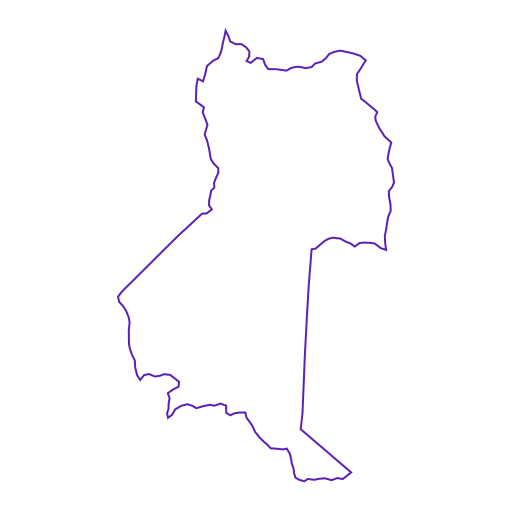 the district of Ponto Belo, Espírito Santo, Brazil
{"feature_id": "56859067B23060074651511", "entity_name": "Ponto Belo", "entity_type": "district", "adm_level": 2, "iso_a3": "BRA", "parent_name": "Brazil", "parent_adm1": "Espírito Santo", "projection": "mercator", "projection_center": [-40.512, -18.26], "detail": "fine", "context": "isolated", "style": "outline", "palette": "violet", "viewbox_px": 512, "rotation_deg": 0, "n_neighbors": 0, "source": "geoboundaries", "source_scale": "gbopen_adm2", "svg_char_len": 2537}
<svg xmlns="http://www.w3.org/2000/svg" viewBox="0 0 512 512"><path d="M302.5,413.2L304.9,354.3L307.1,312.9L307.7,303.0L308.6,287.3L311.6,249.3L315.6,248.6L320.7,244.2L325.0,240.7L328.7,238.7L333.1,237.7L340.3,238.6L346.3,241.9L350.2,243.3L354.8,246.5L359.7,243.0L364.3,242.6L369.5,242.8L374.1,243.3L377.4,245.5L380.7,248.1L386.1,249.9L385.2,243.1L384.8,236.1L386.1,229.7L387.5,220.2L388.5,215.9L390.7,211.0L390.5,204.7L389.8,200.6L389.0,196.3L388.9,191.0L392.0,187.2L394.0,182.6L392.9,174.6L392.0,168.1L389.4,163.3L387.6,158.9L388.8,152.2L389.8,147.8L391.3,142.5L387.8,139.3L384.7,136.6L379.1,127.8L375.9,121.1L375.2,117.0L377.2,112.1L374.1,109.1L370.3,106.1L365.7,102.2L361.2,98.8L359.7,92.8L358.3,87.0L356.8,80.7L357.0,74.1L360.4,69.0L365.8,60.3L360.1,55.7L352.6,53.3L346.9,52.0L340.0,50.6L334.0,52.0L329.2,53.9L326.1,58.0L321.7,61.7L315.1,63.5L311.7,67.0L305.7,68.2L300.1,66.9L295.9,66.9L291.3,67.9L286.5,70.6L280.8,69.8L274.9,69.1L268.3,69.1L265.3,65.1L263.1,59.1L256.9,57.9L250.6,62.9L246.6,61.0L249.1,56.8L249.4,51.5L246.0,47.1L241.3,44.1L235.7,44.2L230.2,41.4L228.4,36.1L225.6,30.7L224.3,37.2L222.8,43.2L221.9,48.5L220.3,53.9L218.1,58.2L213.1,60.7L207.0,66.0L205.2,74.1L203.0,81.3L197.8,78.7L196.4,85.8L196.1,94.6L195.9,101.5L200.6,104.8L204.0,107.3L202.7,112.3L205.4,119.2L207.5,124.8L205.9,130.1L204.6,134.7L207.0,140.3L208.7,147.1L209.6,151.9L210.7,158.7L213.5,163.3L218.2,168.1L218.4,172.8L216.2,177.3L214.0,183.1L214.3,187.8L211.2,190.5L210.4,195.1L209.2,200.0L209.0,205.2L211.8,209.4L206.6,213.5L202.0,213.7L177.7,236.2L157.0,256.7L151.7,262.0L121.8,291.7L118.0,296.7L119.2,301.9L122.6,305.5L126.1,310.8L128.6,317.0L129.6,322.2L128.8,330.4L128.9,338.0L129.0,344.0L129.7,348.1L131.9,354.6L134.8,360.4L135.2,367.6L137.2,375.4L140.2,380.0L144.0,375.2L149.0,374.0L154.9,376.5L159.7,375.8L164.3,374.2L170.2,374.9L175.9,379.3L179.1,381.9L178.5,386.7L172.8,389.7L167.8,393.2L169.6,398.2L168.7,403.1L168.5,408.8L167.1,413.3L168.0,417.8L172.0,414.9L175.2,409.4L181.3,405.8L187.5,404.2L192.3,405.8L196.3,408.2L202.8,406.3L209.8,404.8L214.4,405.7L220.6,403.6L226.2,405.7L226.2,412.8L230.4,415.3L234.3,413.3L239.6,412.5L245.3,412.5L246.6,417.9L249.1,421.1L252.6,426.3L255.1,431.9L259.3,437.2L263.5,441.4L267.6,445.0L270.7,448.3L276.6,448.7L282.7,449.4L286.7,448.6L289.8,453.6L291.1,458.9L291.7,463.3L293.5,468.2L294.1,473.3L295.5,477.7L299.4,479.9L304.4,481.3L307.7,479.0L314.5,479.8L318.9,478.8L324.9,478.3L331.6,480.2L337.1,478.1L342.8,479.0L351.1,472.4L300.7,429.2L302.5,413.2Z" fill="none" stroke="#5b21b6" stroke-width="2"/></svg>